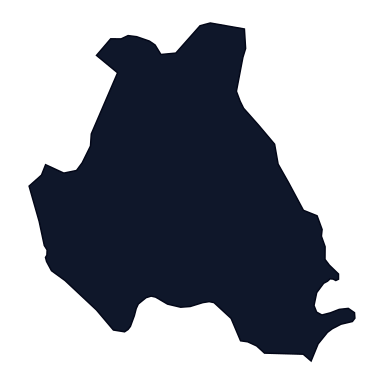 Kocevje, Mercator projection
{"feature_id": "SVN-207", "entity_name": "Kocevje", "entity_type": "Municipality", "adm_level": 1, "iso_a3": "SVN", "parent_name": "Slovenia", "parent_adm1": "", "projection": "mercator", "projection_center": [14.941, 45.623], "detail": "fine", "context": "isolated", "style": "filled", "palette": "ink", "viewbox_px": 384, "rotation_deg": 0, "n_neighbors": 0, "source": "natural_earth", "source_scale": "10m", "svg_char_len": 1202}
<svg xmlns="http://www.w3.org/2000/svg" viewBox="0 0 384 384"><path d="M311.1,361.0L303.2,354.2L264.5,353.1L256.6,345.9L247.7,341.8L240.6,340.8L240.5,340.6L231.1,318.4L214.0,302.6L209.2,301.6L202.8,302.6L190.2,306.5L180.6,307.2L167.5,304.1L155.6,297.1L151.1,296.1L146.0,297.7L138.3,304.0L136.2,308.5L134.3,315.8L130.4,326.4L128.0,329.5L124.6,331.8L113.4,330.0L96.5,310.0L65.0,280.5L51.5,270.7L46.6,261.6L45.5,257.4L46.9,255.2L47.1,249.9L44.3,245.5L39.2,221.5L29.1,186.1L41.5,175.1L45.6,164.7L63.8,173.1L76.5,170.5L82.2,162.8L90.5,146.0L91.3,133.9L117.6,72.8L96.5,55.4L110.7,38.8L121.1,38.9L128.1,35.6L136.7,36.7L149.4,41.1L155.1,45.0L160.9,54.5L175.8,53.1L200.1,25.7L210.3,23.0L244.4,29.0L245.6,48.5L242.9,57.3L236.4,91.3L240.1,101.2L243.6,108.3L258.5,125.1L274.6,144.2L278.1,164.1L288.5,182.5L303.4,210.3L317.1,215.8L322.1,229.5L321.4,236.2L325.1,246.7L325.0,259.4L329.3,265.1L338.5,274.0L338.5,279.2L335.8,280.5L333.2,279.1L330.1,278.8L327.5,281.2L323.6,283.3L316.7,292.6L314.0,305.5L316.6,312.1L321.9,315.0L330.5,312.8L339.2,309.4L348.3,308.4L354.5,312.7L354.9,318.2L352.4,321.5L341.0,324.2L332.3,328.7L327.4,332.4L318.1,343.9L311.1,361.0Z" fill="#0f172a" stroke="#020617" stroke-width="1.5"/></svg>